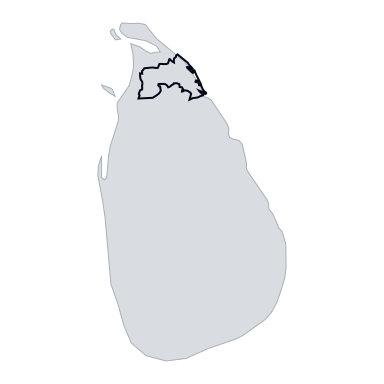 Mulativ highlighted on a map of Sri Lanka
{"feature_id": "LKA-2458", "entity_name": "Mulativ", "entity_type": "District", "adm_level": 1, "iso_a3": "LKA", "parent_name": "Sri Lanka", "parent_adm1": "", "projection": "orthographic", "projection_center": [80.639, 9.196], "detail": "fine", "context": "in_parent", "style": "outline", "palette": "ink", "viewbox_px": 384, "rotation_deg": 0, "n_neighbors": 0, "source": "natural_earth", "source_scale": "10m", "svg_char_len": 2801}
<svg xmlns="http://www.w3.org/2000/svg" viewBox="0 0 384 384"><path d="M122.0,23.0L130.3,23.5L139.1,23.3L145.3,24.5L155.9,38.0L184.8,62.1L200.6,86.7L202.0,92.0L204.2,96.7L208.0,98.0L211.2,100.1L227.0,123.7L228.8,128.4L228.5,133.6L229.5,137.4L233.6,139.3L238.7,140.3L242.1,143.9L246.4,162.8L246.4,168.7L247.6,171.2L267.6,200.6L268.7,204.2L268.5,206.8L269.1,209.2L273.0,214.3L279.0,228.3L282.1,231.5L285.8,243.7L286.1,267.2L284.8,277.6L281.1,290.3L276.7,302.7L271.9,311.7L265.4,319.3L243.0,335.4L236.6,338.7L207.5,348.8L186.0,358.4L166.1,361.0L146.2,355.7L131.3,343.1L123.6,324.7L118.4,305.4L110.9,284.0L105.1,217.9L102.4,199.4L97.9,175.8L98.4,165.6L101.6,155.9L101.5,177.3L104.5,180.0L106.7,177.2L108.7,155.0L110.4,145.6L118.3,121.1L118.5,116.8L117.1,107.6L117.2,103.0L129.0,85.8L132.0,75.8L133.6,65.6L133.0,54.5L130.9,43.6L140.4,47.1L145.6,50.9L150.9,53.5L155.2,52.2L160.4,52.1L156.7,46.2L145.7,40.7L127.4,37.3L121.7,33.0L119.5,29.2L120.6,24.8L122.0,23.0ZM112.6,89.7L115.0,96.3L107.9,91.8L103.2,88.0L101.6,85.0L111.3,88.4L112.6,89.7ZM120.8,39.0L115.4,39.9L111.2,34.1L110.2,31.6L111.3,29.9L112.5,29.0L113.9,29.3L115.9,34.7L120.8,39.0Z" fill="#d9dde1" stroke="#a8b0b8" stroke-width="1"/><path d="M177.5,54.4L187.7,62.7L187.8,62.9L188.4,63.9L189.3,65.1L191.2,66.9L192.4,68.4L191.3,68.9L191.3,69.0L190.7,68.7L189.8,67.5L189.3,67.2L189.2,67.2L187.7,67.0L187.0,67.2L187.3,67.9L187.5,68.1L191.9,72.3L193.7,73.2L193.0,72.2L192.6,71.2L192.8,70.4L194.0,70.1L194.6,70.5L195.5,73.2L196.3,74.9L199.6,81.5L198.9,81.2L197.1,80.6L196.0,80.5L195.5,81.8L196.1,82.1L197.6,82.3L198.8,83.1L199.0,85.1L199.6,85.1L199.9,84.6L200.1,84.4L200.4,84.3L200.8,84.0L201.3,85.7L201.3,85.9L202.5,88.7L204.2,91.3L205.9,92.4L206.0,92.5L206.2,93.2L205.8,93.8L205.0,94.1L204.7,93.9L203.8,92.4L202.8,91.8L200.4,91.2L199.0,90.6L199.6,91.4L200.0,91.9L203.1,94.9L203.1,95.2L201.7,95.8L200.1,96.2L198.6,97.1L196.9,97.6L192.9,98.1L189.5,99.7L191.1,93.8L190.1,92.4L187.3,90.7L184.6,90.3L183.3,91.2L182.0,91.5L182.1,90.3L183.0,89.1L182.0,87.3L179.6,87.0L179.3,84.2L176.7,83.2L173.8,83.3L173.6,83.7L173.5,84.2L172.7,84.6L171.8,85.0L170.3,86.4L168.2,87.3L166.9,85.3L164.7,83.9L161.7,84.0L160.1,83.9L158.5,84.1L158.3,85.4L159.0,86.3L160.2,86.5L160.3,87.2L160.3,88.0L160.6,89.5L160.7,90.9L159.2,93.3L156.8,95.2L152.7,97.8L138.5,98.5L139.6,95.4L139.2,94.8L138.8,94.0L139.1,93.0L139.5,92.0L139.8,91.0L140.2,90.2L142.1,89.5L142.2,87.7L142.0,85.7L142.4,84.4L142.4,83.1L142.3,82.4L142.2,81.8L140.6,79.3L140.1,76.4L140.0,73.4L142.2,73.7L142.0,71.3L144.3,68.3L150.9,67.6L153.3,67.5L155.6,68.0L157.9,67.8L159.4,64.0L160.5,63.9L164.5,64.1L166.6,64.0L168.1,63.2L169.3,59.2L169.7,59.1L170.4,59.9L172.1,61.4L174.0,62.5L173.8,60.5L174.0,58.5L175.9,57.0L176.1,55.6L176.5,55.2L176.9,54.9L177.5,54.4L177.5,54.4Z" fill="none" stroke="#020617" stroke-width="2"/></svg>